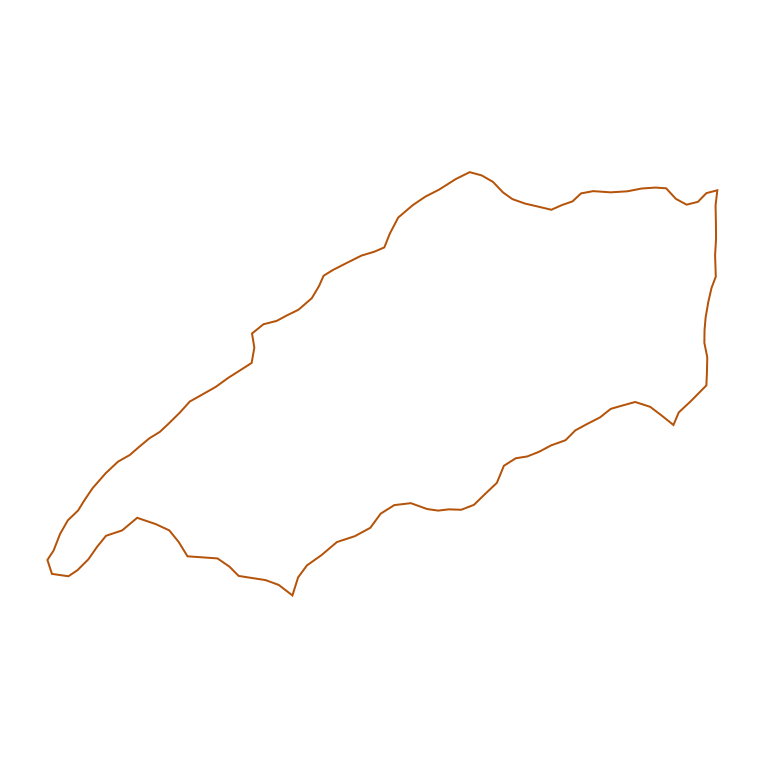 the district of Dom Viçoso, Minas Gerais, Brazil, rotated 4°
{"feature_id": "56859067B14316941385434", "entity_name": "Dom Viçoso", "entity_type": "district", "adm_level": 2, "iso_a3": "BRA", "parent_name": "Brazil", "parent_adm1": "Minas Gerais", "projection": "orthographic", "projection_center": [-45.148, -22.231], "detail": "fine", "context": "isolated", "style": "outline", "palette": "amber", "viewbox_px": 768, "rotation_deg": 4, "n_neighbors": 0, "source": "geoboundaries", "source_scale": "gbopen_adm2", "svg_char_len": 1715}
<svg xmlns="http://www.w3.org/2000/svg" viewBox="0 0 768 768"><g transform="rotate(4 384 384)"><path d="M337.9,266.1L324.8,274.0L316.2,280.2L312.4,290.7L306.0,303.4L293.6,315.8L282.1,322.5L272.6,328.5L259.6,332.8L248.8,342.8L252.1,356.7L250.5,372.2L237.3,382.0L228.2,388.7L216.5,398.5L202.8,407.6L191.5,415.0L182.4,426.7L171.6,438.9L163.6,447.5L153.9,454.4L144.4,463.5L135.3,472.6L124.1,480.0L112.6,492.4L100.6,508.2L93.4,520.6L87.6,531.6L78.1,542.1L71.3,556.2L66.0,573.2L60.5,583.0L66.0,596.6L82.6,597.8L91.2,591.1L101.4,579.4L109.1,566.5L117.3,554.8L133.0,548.3L147.1,534.7L166.1,539.7L180.0,545.0L190.2,555.9L200.0,569.6L215.9,569.6L230.0,569.6L242.6,577.0L252.4,585.6L265.4,586.7L279.6,587.9L293.0,591.8L307.4,601.3L311.8,582.9L319.8,570.3L333.3,559.3L348.1,544.9L365.6,537.8L380.4,528.4L389.7,513.6L402.7,504.1L419.1,501.0L435.6,505.7L446.9,506.5L457.5,504.5L469.7,504.1L482.1,498.3L492.3,486.9L503.5,474.7L509.3,457.2L520.6,448.9L531.9,446.3L543.4,440.8L554.9,433.6L569.0,427.4L578.1,416.9L589.4,409.7L602.0,402.1L611.9,393.0L622.3,389.2L635.8,384.4L651.1,388.2L663.2,396.1L675.6,404.7L680.0,391.8L690.9,380.1L705.7,362.9L705.3,348.8L704.6,334.7L700.7,320.6L700.0,307.7L700.2,295.1L701.8,279.5L704.0,265.4L707.5,253.7L705.3,232.5L705.1,216.0L704.0,201.7L702.3,182.8L703.0,167.5L692.3,171.1L684.4,180.4L673.3,184.0L662.2,178.9L651.8,169.1L641.2,169.1L627.5,171.0L613.3,174.8L596.7,177.0L579.3,177.0L567.3,180.1L559.3,188.7L549.2,193.0L538.8,198.5L524.2,196.1L512.2,194.2L499.2,190.6L489.4,184.6L478.6,174.8L466.9,169.1L454.7,166.7L441.2,174.6L425.3,186.3L412.2,194.2L400.3,203.5L386.6,216.9L379.3,233.6L374.8,247.7L365.1,252.7L352.5,257.5L337.9,266.1Z" fill="none" stroke="#b45309" stroke-width="2"/></g></svg>